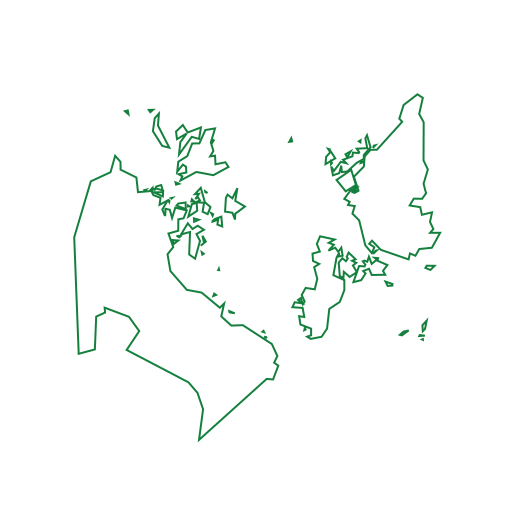 outline of Surigao del Norte, Surigao del Norte, Philippines, rotated 12°
{"feature_id": "2640588B80080860218245", "entity_name": "Surigao del Norte", "entity_type": "district", "adm_level": 2, "iso_a3": "PHL", "parent_name": "Philippines", "parent_adm1": "Surigao del Norte", "projection": "robinson", "projection_center": [125.793, 9.694], "detail": "fine", "context": "isolated", "style": "outline", "palette": "green", "viewbox_px": 512, "rotation_deg": 12, "n_neighbors": 0, "source": "geoboundaries", "source_scale": "gbopen_adm2", "svg_char_len": 6213}
<svg xmlns="http://www.w3.org/2000/svg" viewBox="0 0 512 512"><g transform="rotate(12 256 256)"><path d="M117.8,380.9L112.3,348.5L120.1,342.7L118.7,338.0L144.4,341.9L157.4,353.7L149.0,374.8L216.2,393.6L227.2,402.0L236.1,416.9L238.5,447.7L292.0,374.0L298.4,373.2L300.6,358.6L295.9,356.6L297.7,349.4L289.8,338.8L257.5,326.4L246.3,329.2L234.6,322.3L234.7,309.1L231.4,314.1L210.4,303.1L195.4,303.5L175.4,288.5L169.1,272.7L173.2,264.5L165.7,252.2L174.7,247.5L172.4,236.3L177.3,234.2L178.8,225.8L167.0,225.5L166.0,236.3L162.1,228.7L157.9,228.6L157.5,229.1L158.2,231.3L158.7,235.0L158.2,235.1L154.7,230.0L158.0,220.1L151.0,226.0L150.5,219.0L143.0,217.8L140.1,214.2L127.3,218.1L122.7,204.1L105.6,199.7L103.9,192.1L97.4,187.3L96.3,204.3L78.9,217.3L74.3,275.5L102.9,388.5L117.8,380.9ZM386.3,66.6L380.3,64.3L369.0,77.6L367.6,91.9L371.1,94.3L352.2,126.9L346.0,128.3L341.6,136.0L342.9,146.1L335.3,158.1L342.7,170.9L339.5,173.7L337.4,173.6L335.1,171.5L330.5,181.8L336.3,183.5L335.4,187.0L342.2,186.6L341.5,194.5L349.5,199.7L360.7,222.8L368.7,229.1L369.9,222.8L364.2,220.5L366.3,216.9L376.8,224.0L405.9,227.6L406.1,221.5L411.9,222.6L414.3,215.2L426.3,211.4L431.3,195.0L421.5,197.1L423.9,192.8L419.1,186.5L419.1,176.7L409.7,181.2L406.5,174.1L395.8,174.6L398.4,167.1L406.6,165.5L409.3,159.3L404.9,150.5L406.1,135.6L400.0,127.7L392.2,90.3L386.1,83.2L386.3,66.6ZM329.5,223.5L314.6,223.4L313.0,231.5L317.5,238.4L310.8,241.9L312.8,249.0L319.5,250.6L315.2,254.8L320.7,265.6L320.4,276.4L311.2,276.9L308.8,284.6L313.0,290.4L311.9,293.6L308.5,287.8L306.3,290.2L311.0,292.7L303.5,293.2L302.3,298.5L312.4,297.1L315.9,305.6L310.7,305.9L313.7,313.8L325.0,315.6L326.4,322.1L322.8,324.3L326.8,325.7L336.9,321.4L340.6,312.3L338.7,292.5L347.5,283.5L349.5,271.0L347.4,261.2L335.7,258.7L335.1,240.9L336.7,235.4L337.1,239.3L340.7,237.7L337.7,230.1L335.6,234.8L331.7,231.4L325.8,235.7L329.8,228.8L324.4,228.0L329.5,223.5ZM189.4,139.7L180.3,143.3L177.2,157.6L170.2,159.2L168.0,172.6L160.4,179.9L161.4,189.9L165.5,181.8L169.0,183.3L170.5,188.8L163.3,192.1L167.4,193.4L166.4,197.9L180.2,186.2L197.5,185.8L210.6,174.6L206.6,170.7L197.3,174.7L195.1,166.4L190.4,168.1L192.5,162.1L188.2,154.3L189.4,139.7ZM339.5,114.8L338.5,118.2L342.4,127.4L332.2,130.1L335.4,133.0L335.1,133.9L329.3,134.7L329.6,138.4L321.1,143.8L325.1,146.5L319.3,146.3L314.6,156.5L311.0,152.9L314.5,161.1L320.2,157.6L320.6,149.9L322.5,156.1L327.7,154.3L335.2,143.9L341.3,138.5L340.4,134.8L345.4,125.8L339.5,114.8ZM366.6,233.2L366.0,238.5L363.3,237.9L361.6,239.0L364.8,241.7L364.4,243.6L358.9,244.4L356.7,261.3L363.9,257.8L366.8,250.3L364.0,248.4L369.2,245.0L373.1,250.5L386.3,247.5L383.3,244.1L386.4,237.5L374.4,235.1L370.8,239.7L366.6,233.2ZM186.5,246.2L190.3,268.4L197.0,271.3L198.1,252.9L193.2,246.9L199.6,241.2L192.7,238.5L188.3,242.8L182.5,238.2L178.2,250.5L186.5,246.2ZM175.4,141.7L163.5,149.4L157.2,143.1L151.9,150.9L154.4,158.1L162.7,150.6L158.3,160.4L159.6,172.7L168.4,152.8L176.0,153.3L175.4,141.7ZM345.9,233.4L344.9,237.9L346.3,239.3L345.0,242.4L340.9,240.2L338.3,245.3L342.1,258.1L346.1,259.3L345.2,253.2L352.0,257.0L358.0,250.8L352.8,245.1L355.5,241.8L351.0,240.7L354.1,238.5L345.9,233.4ZM223.7,193.5L220.9,204.5L215.4,201.9L214.5,205.4L216.5,219.0L223.9,218.6L227.9,224.7L226.9,219.0L234.9,209.9L224.2,206.4L223.7,193.5ZM331.2,151.9L319.0,164.9L330.3,174.1L339.0,165.8L331.2,151.9ZM131.4,136.9L128.3,142.2L129.2,155.3L141.4,167.8L148.7,168.1L133.0,148.8L131.4,136.9ZM187.8,200.8L183.4,208.2L187.3,207.0L184.8,212.9L186.8,210.4L189.6,213.3L185.8,216.0L194.1,214.7L194.6,223.8L200.0,225.1L201.3,217.6L194.8,214.0L187.8,200.8ZM186.9,216.4L182.5,218.6L181.6,231.6L189.1,223.9L186.9,216.4ZM307.5,138.3L304.0,144.5L304.9,151.7L313.2,144.0L307.5,138.3ZM213.9,224.7L208.2,228.3L206.2,230.8L206.3,231.5L211.4,228.3L211.7,233.3L216.8,234.1L213.9,224.7ZM150.5,213.3L142.7,214.9L152.5,217.1L151.8,212.3L150.5,213.3ZM176.0,218.3L169.0,220.9L167.8,223.2L177.6,224.7L176.0,218.3ZM148.5,206.3L144.1,208.7L143.6,210.7L151.2,211.2L148.5,206.3ZM436.4,283.7L433.2,289.1L434.8,294.9L436.5,292.2L436.4,283.7ZM432.7,228.5L425.0,230.0L424.2,232.4L429.5,233.4L432.7,228.5ZM199.4,247.3L202.5,254.0L199.8,257.4L203.9,252.3L199.4,247.3ZM388.0,254.1L391.0,257.9L395.5,256.6L395.3,255.0L388.0,254.1ZM247.1,316.5L241.3,315.4L241.8,316.6L247.1,316.5ZM420.8,297.1L416.0,299.3L413.1,303.2L415.2,303.3L420.8,297.1ZM176.8,257.0L171.2,257.7L173.2,261.2L176.8,257.0ZM370.1,229.6L372.9,225.5L372.0,225.9L370.1,229.6ZM326.8,134.0L322.4,137.9L324.8,140.5L326.8,134.0ZM124.9,134.4L120.8,135.4L122.7,137.3L124.9,134.4ZM192.5,232.4L187.5,232.1L188.4,235.4L192.5,232.4ZM437.7,298.8L432.7,299.3L432.4,300.3L437.7,298.8ZM267.5,136.4L266.0,133.4L264.8,137.4L267.5,136.4ZM140.6,210.9L138.9,213.7L140.1,213.8L140.5,214.4L141.4,214.8L140.6,210.9ZM100.3,140.3L97.7,141.6L101.8,143.9L100.3,140.3ZM178.0,252.5L174.1,252.7L177.0,253.7L178.0,252.5ZM184.4,215.7L181.5,213.8L181.4,216.1L184.4,215.7ZM165.6,201.4L162.0,200.7L163.0,202.8L165.6,201.4ZM375.9,232.7L372.4,233.1L375.7,234.7L375.9,232.7ZM190.9,150.8L188.9,153.0L189.4,155.1L190.9,150.8ZM204.4,264.7L202.2,263.6L203.2,265.8L204.4,264.7ZM342.0,141.4L339.0,142.1L339.0,143.4L342.0,141.4ZM341.4,171.4L337.8,172.0L337.5,173.1L341.4,171.4ZM225.0,302.4L223.0,301.5L222.6,304.0L225.0,302.4ZM195.4,204.4L192.9,203.3L193.2,204.1L195.4,204.4ZM205.4,224.0L203.3,223.4L205.2,225.7L205.4,224.0ZM340.6,168.5L338.6,169.4L339.5,170.3L340.6,168.5ZM279.8,328.9L278.9,327.7L278.1,328.7L279.8,328.9ZM334.5,123.1L334.2,121.0L332.8,122.4L334.5,123.1ZM319.8,317.6L318.7,316.1L318.7,318.5L319.8,317.6ZM349.7,122.9L348.3,123.6L347.9,125.8L349.7,122.9ZM340.2,167.3L338.7,167.7L339.6,168.3L340.2,167.3ZM133.8,215.5L134.7,214.0L133.1,214.8L133.8,215.5ZM282.7,333.2L280.8,333.2L283.7,334.0L282.7,333.2ZM180.5,221.3L179.0,220.7L179.2,221.7L180.5,221.3ZM311.0,149.2L309.8,148.2L310.3,150.5L311.0,149.2ZM306.0,136.4L304.2,136.2L305.6,137.6L306.0,136.4ZM159.8,220.0L158.7,220.2L159.9,221.3L159.8,220.0ZM143.6,211.6L142.2,211.5L143.2,212.3L143.6,211.6ZM162.1,216.5L160.9,217.0L161.4,217.4L162.1,216.5ZM222.9,277.5L222.3,276.2L222.0,277.6L222.9,277.5ZM436.5,302.6L435.8,303.1L436.7,303.3L436.5,302.6ZM337.5,171.5L337.6,169.8L336.7,171.0L337.5,171.5Z" fill="none" stroke="#15803d" stroke-width="2"/></g></svg>